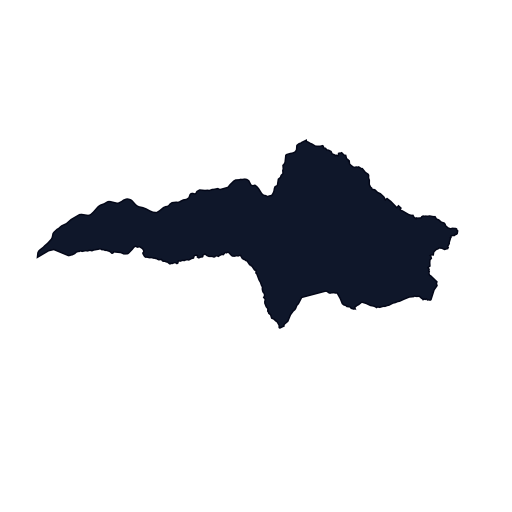 the district of Boisoara, Vâlcea, Romania, rotated 235°
{"feature_id": "2599482B73820905312016", "entity_name": "Boisoara", "entity_type": "district", "adm_level": 2, "iso_a3": "ROU", "parent_name": "Romania", "parent_adm1": "Vâlcea", "projection": "albers", "projection_center": [24.415, 45.492], "detail": "fine", "context": "isolated", "style": "filled", "palette": "ink", "viewbox_px": 512, "rotation_deg": 235, "n_neighbors": 0, "source": "geoboundaries", "source_scale": "gbopen_adm2", "svg_char_len": 6160}
<svg xmlns="http://www.w3.org/2000/svg" viewBox="0 0 512 512"><g transform="rotate(235 256 256)"><path d="M322.0,363.6L322.8,358.6L322.7,357.4L323.3,355.8L323.2,353.3L322.9,352.7L319.8,350.2L319.0,348.5L318.8,347.1L319.4,344.7L320.3,342.9L321.5,339.3L321.4,338.2L316.0,333.5L315.0,331.5L314.8,330.1L311.7,328.3L310.7,327.0L308.0,325.4L307.6,322.9L306.3,321.1L306.1,318.4L301.7,314.2L301.5,313.5L301.8,311.4L300.9,310.0L298.7,307.8L297.5,305.9L296.5,303.3L297.2,302.3L298.1,299.4L299.8,298.6L301.4,297.0L303.8,296.4L309.8,296.7L312.5,296.4L314.6,295.7L315.3,293.7L316.6,292.7L317.6,292.6L321.8,293.2L324.0,292.3L325.4,290.9L326.6,288.5L327.6,287.3L328.0,286.0L329.9,282.9L330.1,280.8L329.3,275.8L328.3,272.4L330.9,265.0L331.8,264.0L333.1,263.4L334.7,259.7L335.6,258.3L336.4,255.2L337.5,254.2L338.9,251.8L342.4,247.7L342.7,244.8L342.4,243.9L341.8,243.2L341.7,241.6L343.6,240.0L344.3,238.6L344.1,237.3L342.1,234.4L342.2,231.5L343.6,228.6L344.1,225.5L344.1,224.3L344.8,222.6L345.8,221.5L347.8,217.8L347.8,215.3L347.2,213.4L347.4,211.8L348.2,210.3L348.7,208.0L348.3,203.0L348.5,199.5L351.0,196.6L354.1,194.7L357.7,192.9L360.5,191.0L363.5,188.2L365.1,187.3L367.1,186.7L372.2,186.1L373.8,185.6L375.1,184.6L376.4,183.4L377.0,182.3L377.7,179.6L377.6,177.4L378.1,173.9L378.7,172.6L384.1,167.8L385.0,166.7L385.5,165.4L385.8,161.6L386.8,157.9L386.9,156.4L386.8,154.7L385.2,148.2L384.7,144.8L384.9,142.9L385.7,141.5L390.2,136.8L391.1,135.1L391.9,125.5L391.2,119.3L392.1,114.2L392.0,112.4L391.7,110.3L391.9,108.4L391.3,104.2L390.8,102.7L388.0,99.7L387.1,98.0L385.9,92.6L385.5,88.7L385.1,86.9L384.9,82.5L384.6,80.8L383.7,79.2L380.3,76.2L379.3,89.1L377.3,94.1L363.9,102.6L363.2,104.0L363.1,105.0L362.5,105.8L362.0,108.8L362.3,111.2L361.7,113.0L361.1,113.9L361.1,115.0L359.5,116.3L358.2,119.4L356.6,121.2L356.5,122.3L355.5,123.7L354.4,124.6L354.0,126.5L352.0,130.7L351.5,132.2L350.9,132.9L349.8,133.2L348.4,135.0L347.1,135.7L346.9,136.4L344.4,138.3L343.1,139.1L341.0,139.5L340.7,139.8L340.6,141.1L341.0,141.9L336.3,147.3L333.5,149.0L331.8,151.6L331.5,152.3L331.5,153.3L332.5,158.5L333.2,160.8L333.3,161.9L333.1,163.0L331.3,163.9L330.4,166.0L327.1,167.3L325.2,167.2L323.9,166.7L323.3,165.0L322.2,164.7L319.8,164.5L318.5,164.8L317.7,166.0L315.7,167.8L314.7,169.5L312.8,171.1L311.9,172.4L311.1,172.6L310.6,173.5L309.9,173.5L308.7,174.2L307.4,176.6L305.6,176.6L304.6,177.4L303.7,178.7L302.7,179.0L301.9,180.0L299.1,180.8L298.7,181.5L298.8,182.3L298.0,182.9L297.3,185.6L296.2,186.6L295.5,186.6L295.1,187.2L295.1,188.0L296.3,189.2L296.5,189.8L295.2,191.1L294.7,193.1L293.3,194.9L293.2,196.1L292.5,197.5L291.3,198.7L290.9,201.8L290.2,203.6L291.6,205.3L291.4,206.8L290.6,207.9L290.0,208.4L289.6,208.3L288.9,207.4L287.5,207.9L287.2,208.4L287.0,209.8L286.0,211.7L286.1,212.1L287.2,212.8L287.0,214.4L287.1,215.4L284.5,216.1L282.6,217.3L280.9,219.8L279.3,221.0L279.0,221.9L279.3,222.4L279.1,223.3L278.6,224.1L277.2,225.1L277.5,226.7L277.0,227.7L277.2,228.8L275.9,229.9L276.5,232.6L276.2,233.3L275.5,233.7L275.4,235.1L274.5,235.7L270.4,236.3L269.5,236.7L268.2,238.3L267.4,240.4L266.3,241.4L266.1,242.5L265.4,243.7L261.6,243.4L261.1,243.9L260.2,244.1L259.4,244.8L258.3,245.0L257.0,245.9L252.4,245.8L251.6,246.5L250.9,246.4L249.9,246.9L245.3,246.8L244.5,247.7L243.1,247.1L242.2,246.2L240.8,246.4L234.6,244.8L231.9,244.6L228.9,243.7L226.9,243.5L225.3,242.2L223.5,241.4L222.0,241.1L220.8,241.3L219.6,240.9L218.4,240.1L217.6,238.5L216.2,238.8L214.7,238.5L213.9,237.3L212.3,236.2L208.6,235.3L206.0,235.5L204.1,234.0L202.8,234.0L201.6,233.6L199.5,234.3L196.1,233.2L194.3,234.4L191.4,235.0L189.9,235.6L185.9,235.2L184.2,234.0L183.7,234.0L183.3,234.3L182.6,238.8L183.4,239.1L183.9,240.2L184.3,244.6L188.1,250.5L189.6,254.9L189.8,257.0L190.3,258.3L192.2,261.2L192.6,263.3L195.9,269.6L187.4,292.7L186.5,293.8L183.9,294.7L183.1,295.4L182.8,296.3L181.2,299.0L180.3,299.6L179.1,301.3L172.6,300.6L167.5,299.4L165.6,299.9L164.0,301.2L162.5,301.5L160.3,303.9L158.5,304.0L156.3,305.8L156.2,306.9L156.0,307.0L157.3,307.4L157.4,307.7L157.6,310.6L157.3,312.1L157.6,315.8L157.1,316.6L153.9,319.1L149.8,321.4L147.7,323.5L146.1,324.6L144.6,325.2L144.6,326.4L143.0,327.9L141.9,331.2L140.8,332.8L140.1,335.4L139.5,336.6L138.9,341.2L138.0,343.3L137.5,345.7L136.6,347.8L135.8,352.3L134.5,358.0L132.3,361.9L132.4,362.8L131.0,364.1L129.3,366.7L126.2,367.4L125.5,367.9L124.4,367.8L124.2,369.3L123.4,369.7L123.1,371.1L121.7,371.2L121.0,372.5L120.0,373.3L119.9,374.3L126.1,382.4L127.9,387.3L130.0,388.0L131.1,389.4L139.7,387.7L140.5,387.1L142.8,387.7L144.1,389.2L144.9,388.9L145.8,390.2L147.9,390.2L148.0,392.7L150.9,394.5L153.0,396.2L153.5,398.3L155.5,399.0L156.5,398.9L156.3,400.5L155.2,401.8L157.2,403.7L157.5,404.4L158.0,407.4L157.5,409.1L157.6,410.6L155.8,412.7L153.2,414.2L152.4,416.8L152.1,417.2L152.8,418.4L153.2,418.2L154.4,419.0L154.5,419.8L155.4,421.5L156.3,422.0L158.9,425.4L159.6,425.7L159.6,426.7L160.4,426.8L160.6,427.1L160.5,427.9L159.0,430.3L159.0,430.9L159.5,431.7L158.8,432.6L159.0,433.7L160.9,435.6L161.6,435.3L163.2,435.8L164.0,435.3L166.1,432.7L166.6,431.0L168.8,429.4L172.2,428.6L173.5,429.1L175.1,429.0L177.4,427.2L180.8,426.4L182.8,425.0L185.5,425.2L186.7,423.6L189.2,421.2L190.0,419.5L191.6,417.5L191.7,417.0L192.9,415.8L193.1,414.3L192.5,413.1L194.4,409.9L195.2,409.2L194.7,408.4L197.2,407.6L199.3,407.9L200.3,406.4L202.2,404.9L208.9,401.8L210.3,400.8L211.2,400.7L211.8,401.2L212.1,402.2L215.4,401.5L214.7,399.1L223.4,397.7L227.9,396.3L227.7,394.1L230.9,394.6L235.7,393.6L238.4,392.0L241.8,391.4L242.7,390.8L243.8,389.3L245.3,389.7L246.7,389.3L249.6,389.8L253.1,392.3L255.3,392.9L257.6,394.6L258.7,394.7L261.8,393.5L266.6,393.2L267.1,392.4L270.1,391.2L270.6,389.9L271.4,389.2L272.1,387.4L273.2,386.6L275.7,385.8L277.8,385.4L280.4,386.9L280.8,386.4L281.1,386.7L281.6,386.7L283.9,386.0L287.0,387.2L287.5,386.4L288.5,385.9L291.5,385.4L291.7,384.9L291.6,384.1L292.4,383.4L292.7,382.5L291.3,381.2L291.0,380.6L292.7,379.4L292.5,378.9L292.8,378.3L294.1,378.2L295.9,376.9L298.6,377.4L300.9,376.2L302.3,374.8L304.3,374.7L306.1,373.2L307.2,374.1L308.2,373.8L309.1,371.4L311.8,367.7L315.7,366.0L317.5,364.8L319.1,364.2L320.9,363.0L322.0,363.6Z" fill="#0f172a" stroke="#020617" stroke-width="1.5"/></g></svg>